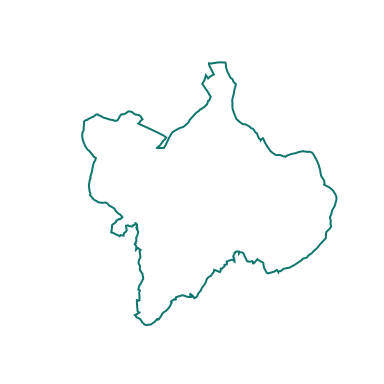 SIC, Cluj, Romania, rotated 143°
{"feature_id": "2599482B87199610196685", "entity_name": "SIC", "entity_type": "district", "adm_level": 2, "iso_a3": "ROU", "parent_name": "Romania", "parent_adm1": "Cluj", "projection": "mercator", "projection_center": [23.908, 46.924], "detail": "fine", "context": "isolated", "style": "outline", "palette": "teal", "viewbox_px": 384, "rotation_deg": 143, "n_neighbors": 0, "source": "geoboundaries", "source_scale": "gbopen_adm2", "svg_char_len": 6011}
<svg xmlns="http://www.w3.org/2000/svg" viewBox="0 0 384 384"><g transform="rotate(143 192 192)"><path d="M275.2,250.9L275.2,249.8L275.1,247.1L275.3,246.7L275.0,246.3L274.8,244.4L273.7,242.3L273.2,241.0L273.0,240.1L271.2,238.4L270.5,237.6L267.5,235.7L266.6,234.1L266.3,232.9L266.4,230.8L265.6,229.6L263.9,225.4L264.3,223.4L264.2,221.2L263.6,218.6L262.9,217.1L262.7,214.2L262.7,213.8L265.6,213.5L266.0,213.6L266.4,214.4L267.4,214.3L269.7,214.7L270.1,214.2L270.6,213.9L272.5,213.7L275.2,213.8L275.8,213.6L277.4,211.7L280.8,208.3L280.1,207.6L279.3,206.2L278.3,203.9L276.9,201.7L276.4,200.2L274.9,200.5L272.9,198.3L271.4,199.8L270.7,200.2L268.8,200.0L267.0,200.8L266.9,201.0L266.9,201.5L266.0,202.8L265.8,203.7L265.0,204.8L263.1,203.8L263.1,203.2L261.8,201.5L260.3,200.3L259.5,201.0L257.5,200.2L256.4,200.8L256.0,201.2L255.7,200.9L255.5,198.9L256.4,198.0L257.8,197.1L258.3,195.9L257.6,195.9L258.4,194.4L259.0,192.6L259.5,192.0L261.7,190.3L264.1,189.1L265.9,186.3L267.4,185.9L267.5,185.1L269.2,184.7L269.1,182.7L269.5,181.7L271.4,179.6L268.9,179.9L268.0,176.5L269.1,176.4L269.8,175.7L272.3,171.1L274.9,169.7L277.0,168.1L277.4,167.5L277.7,166.5L277.9,164.8L278.1,164.4L278.9,163.1L280.2,161.8L280.8,160.2L280.5,159.5L280.8,157.9L280.7,156.6L281.1,156.0L283.1,152.1L288.7,149.4L289.8,149.2L291.6,148.1L293.0,146.7L293.6,146.3L292.9,144.7L294.8,143.3L297.6,139.0L298.4,138.2L299.1,137.1L299.7,137.1L301.1,138.8L301.9,137.5L302.2,137.4L303.7,135.2L303.9,134.5L304.6,133.9L305.9,131.5L307.1,129.7L307.1,127.9L306.7,127.5L307.4,127.4L311.7,128.0L311.4,124.5L310.9,124.0L309.8,121.3L310.2,117.8L309.8,116.5L309.8,114.9L309.6,114.6L308.1,112.8L306.4,112.2L305.2,111.3L303.9,110.8L302.0,111.0L300.2,110.7L296.6,111.5L295.8,111.2L296.2,110.7L295.6,110.3L294.7,110.4L291.3,111.6L288.6,112.8L287.1,113.0L284.3,112.7L281.2,113.2L278.2,114.1L274.9,115.9L274.9,117.0L273.5,117.3L272.3,117.0L271.0,117.1L269.8,115.9L269.4,116.0L269.2,116.4L269.7,116.5L268.1,117.6L265.4,116.7L264.5,116.1L263.5,116.0L262.0,115.4L261.1,114.5L260.1,113.3L259.4,111.8L258.2,110.6L257.1,109.5L255.5,108.5L255.3,109.6L255.5,110.4L255.1,110.7L255.2,111.2L254.6,111.5L253.8,108.3L253.8,107.7L254.1,105.9L252.5,105.4L250.6,105.7L248.0,107.2L244.1,108.1L241.6,109.6L239.8,109.9L235.9,111.3L233.1,113.2L232.1,113.7L230.5,114.0L228.5,113.9L227.6,113.6L224.6,114.7L223.7,114.7L222.9,115.0L221.1,116.5L217.9,111.2L216.3,112.1L215.1,113.5L214.3,112.8L210.8,113.1L210.4,113.2L210.2,114.0L209.9,114.3L207.9,113.3L207.4,113.4L206.8,114.0L206.3,115.6L201.3,114.1L200.0,113.0L200.1,111.1L200.0,110.8L198.6,112.7L198.5,113.9L198.0,114.6L198.1,115.4L197.7,115.9L195.3,117.2L194.0,117.6L194.1,117.9L192.8,117.9L191.9,117.5L191.8,117.2L190.4,116.3L191.4,114.7L190.3,115.1L189.8,114.9L188.5,113.7L188.0,113.0L188.0,110.4L188.6,109.5L189.1,105.8L189.6,104.1L189.4,103.2L188.9,102.5L187.1,101.1L185.6,100.6L185.6,100.1L185.3,99.6L185.4,99.3L186.7,97.7L185.9,98.1L185.2,98.2L185.0,97.9L180.2,99.0L180.1,98.0L179.7,97.1L179.1,95.9L178.8,94.8L177.8,93.1L177.8,92.2L178.8,90.8L180.2,87.6L180.5,85.1L180.9,82.9L180.8,82.0L180.3,81.3L174.6,79.0L171.2,78.7L171.1,78.0L171.3,76.9L171.3,76.1L171.0,76.4L169.8,76.2L168.8,75.4L165.3,75.6L162.4,74.3L160.0,73.0L153.6,72.0L144.8,71.6L144.1,72.0L143.4,72.0L139.9,70.6L138.8,70.6L137.6,71.3L133.6,71.0L129.8,71.7L125.9,71.9L121.0,73.2L112.8,74.6L110.5,77.6L108.7,79.2L103.8,79.9L101.7,80.7L101.4,81.1L100.6,83.2L98.5,85.5L98.1,86.3L97.5,88.1L96.8,89.0L94.5,90.2L90.9,93.1L86.7,94.8L81.6,98.7L80.2,100.2L79.6,101.3L79.0,103.3L78.5,107.6L78.6,109.3L79.6,113.2L82.1,118.3L80.7,119.4L79.9,121.0L79.5,122.3L79.3,126.0L79.0,127.5L77.9,129.8L76.6,132.1L74.8,136.6L73.7,140.5L73.0,143.7L72.9,145.5L72.4,148.6L72.3,150.0L72.5,151.3L73.4,152.8L74.2,153.7L75.9,154.7L78.6,157.6L79.1,157.9L82.0,159.4L86.4,160.9L89.9,162.6L93.9,163.8L95.8,163.9L95.7,164.1L97.4,165.2L98.6,167.5L100.4,169.4L102.7,170.9L104.3,175.3L104.7,178.0L104.5,181.2L104.6,181.9L104.1,186.9L103.1,191.3L103.0,192.3L104.1,192.3L106.0,191.9L105.6,192.7L106.1,193.4L106.2,193.9L106.1,195.4L104.9,199.8L105.5,201.7L105.2,204.6L105.2,205.5L105.6,206.4L106.4,207.4L106.6,209.3L108.2,213.2L108.8,214.1L110.7,215.8L111.8,219.4L112.6,223.6L110.8,230.3L109.6,233.7L108.7,235.4L105.9,239.1L104.8,240.9L102.0,243.5L99.1,245.5L98.5,246.4L96.3,248.3L92.1,251.6L92.0,251.9L92.2,252.3L92.5,255.4L92.0,256.7L91.8,257.6L92.1,258.8L92.5,259.5L91.4,266.3L89.9,270.9L87.9,274.1L87.4,275.3L92.0,279.0L94.8,280.7L96.2,281.3L96.8,281.9L98.4,282.5L99.8,283.4L101.0,284.6L101.4,284.2L102.2,282.1L103.8,272.7L107.7,273.4L110.8,273.0L110.6,276.9L114.9,273.7L118.7,272.2L119.0,266.4L119.0,263.4L119.4,260.5L119.8,256.7L120.7,256.1L121.9,255.5L122.5,255.0L123.0,254.8L124.7,255.0L125.3,254.1L126.6,253.5L127.2,252.9L128.0,253.0L130.4,252.5L134.3,252.7L135.7,253.1L136.5,252.8L138.4,252.6L140.8,252.8L150.7,250.9L152.9,249.7L153.7,249.5L159.7,249.2L163.1,250.4L168.2,251.2L171.8,251.5L176.9,249.5L185.7,244.9L186.9,244.6L187.8,244.1L192.6,247.4L193.4,248.2L192.8,248.5L189.8,248.4L184.0,250.2L181.6,250.4L179.8,251.0L180.6,253.8L183.2,259.3L188.6,269.6L193.7,279.0L192.7,279.0L190.2,279.7L187.7,279.9L187.8,280.9L187.4,283.2L188.1,285.3L188.6,286.0L190.4,287.7L191.3,289.7L191.5,291.2L192.6,293.2L194.4,294.7L197.8,294.7L199.2,295.0L200.1,295.4L200.8,296.1L201.8,296.5L203.1,296.3L207.9,294.2L208.7,294.1L209.7,294.6L211.2,295.7L211.6,296.8L213.4,298.6L215.4,301.1L216.1,302.4L217.3,303.8L218.4,305.6L219.1,307.7L220.4,309.5L220.5,310.3L221.0,311.1L221.8,311.5L225.3,311.6L230.9,312.7L232.0,312.6L233.8,313.3L234.7,313.4L236.1,313.0L237.5,310.9L240.4,308.0L240.8,307.0L244.2,305.0L245.6,303.3L246.7,301.6L248.4,298.1L248.8,296.0L249.7,292.9L249.7,291.2L249.9,290.2L249.8,288.0L249.4,287.1L249.2,284.7L249.2,279.6L248.7,277.9L248.3,277.4L248.3,277.0L250.3,275.5L252.5,274.6L254.7,273.1L259.9,268.3L264.2,265.2L264.5,264.7L264.6,264.1L266.3,263.2L267.4,262.3L268.3,261.2L269.4,260.4L271.2,258.2L272.2,256.1L273.1,254.8L273.7,253.0L274.4,251.6L275.2,250.9Z" fill="none" stroke="#0f766e" stroke-width="2"/></g></svg>